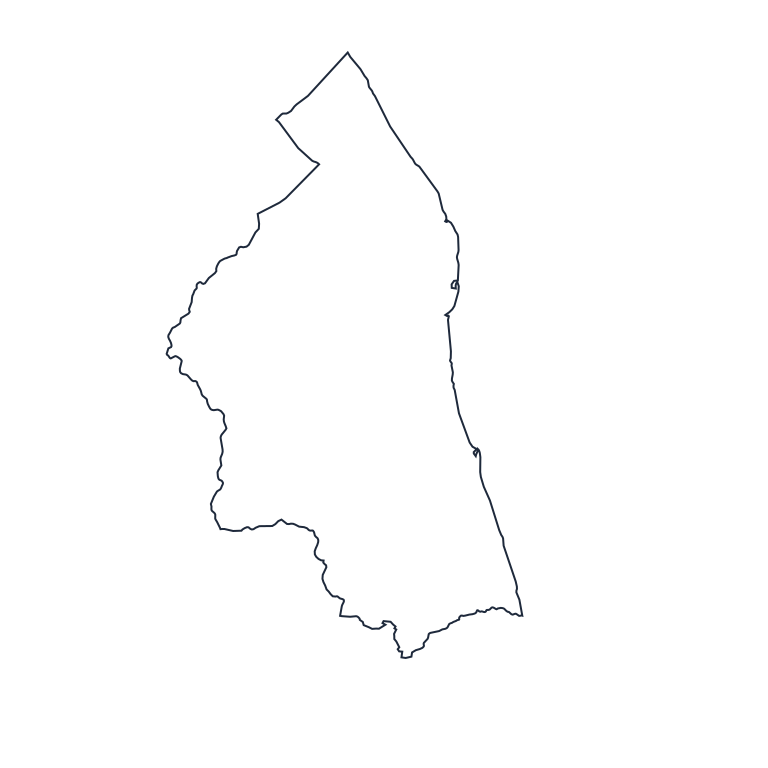 outline of KwaZulu-Natal, rotated 313°
{"feature_id": "ZAF-1216", "entity_name": "KwaZulu-Natal", "entity_type": "Province", "adm_level": 1, "iso_a3": "ZAF", "parent_name": "South Africa", "parent_adm1": "", "projection": "albers", "projection_center": [30.227, -28.943], "detail": "fine", "context": "isolated", "style": "outline", "palette": "slate", "viewbox_px": 768, "rotation_deg": 313, "n_neighbors": 0, "source": "natural_earth", "source_scale": "10m", "svg_char_len": 6166}
<svg xmlns="http://www.w3.org/2000/svg" viewBox="0 0 768 768"><g transform="rotate(313 384 384)"><path d="M179.5,379.8L173.6,373.9L169.2,366.3L167.8,364.7L166.3,363.4L167.0,362.0L169.2,356.2L170.1,353.1L170.5,352.3L173.3,349.8L173.6,349.3L173.9,348.6L174.0,347.5L173.9,344.9L174.1,344.0L174.7,343.2L176.8,341.3L178.2,339.2L185.6,336.4L191.2,335.2L191.9,335.2L195.1,336.1L196.0,336.0L197.1,335.7L199.1,334.9L200.2,334.6L201.2,334.2L201.9,333.6L202.4,332.2L202.5,331.2L202.3,330.5L201.8,329.2L201.7,328.7L201.7,328.1L202.2,326.9L203.3,325.3L205.6,322.8L206.0,322.4L207.9,321.7L213.5,320.6L217.1,316.0L217.7,315.5L218.4,314.9L219.8,314.3L222.5,313.3L224.4,312.2L226.0,310.6L233.0,301.4L233.7,300.8L234.9,300.2L236.3,299.8L242.5,299.4L244.1,299.0L245.2,297.0L246.5,294.1L247.4,292.5L248.8,290.9L251.8,288.7L252.5,287.2L253.0,283.4L252.5,281.4L252.0,280.1L251.6,279.6L248.8,277.4L248.1,276.4L247.8,275.9L247.4,274.5L247.6,273.3L248.1,271.7L249.3,268.6L250.7,266.4L251.5,265.5L251.9,264.9L252.0,263.9L251.7,259.4L252.1,257.8L253.9,255.0L254.7,253.3L256.3,248.4L257.6,246.3L257.8,245.6L257.7,244.6L257.4,243.9L256.1,242.7L255.7,241.4L255.7,239.7L256.2,234.9L256.2,234.1L255.8,232.7L254.1,230.2L253.9,229.6L253.5,228.2L253.6,227.5L253.8,226.6L254.5,225.7L256.0,224.2L262.5,220.6L263.0,220.2L263.3,219.3L263.4,217.9L263.0,214.7L262.6,213.3L262.1,212.4L261.5,212.1L257.3,210.6L257.0,209.9L257.1,209.0L257.5,207.4L257.6,206.4L257.4,205.7L257.8,204.5L263.0,202.0L265.8,203.1L266.9,202.7L267.7,201.8L268.7,200.3L269.7,198.0L270.3,196.0L270.7,195.2L271.3,194.1L272.2,193.4L272.9,193.0L275.5,192.5L280.0,191.2L281.3,191.3L283.0,192.1L288.8,193.4L289.5,193.3L290.1,193.1L292.1,191.6L293.7,190.7L302.1,193.0L304.3,192.7L305.2,191.1L306.0,190.2L312.7,187.5L316.1,184.8L318.0,183.6L319.6,183.2L322.7,181.9L323.4,181.7L326.0,181.8L326.6,181.5L327.7,180.3L328.8,179.4L329.6,179.2L330.4,179.1L332.4,179.6L333.0,179.9L333.3,180.3L333.5,181.0L333.5,182.4L334.0,183.6L335.6,184.4L342.1,183.6L349.8,184.7L352.2,184.4L353.8,182.7L356.1,181.5L359.2,180.6L361.1,180.3L362.3,180.3L366.2,181.6L367.4,182.1L368.9,183.1L369.6,183.3L373.6,185.3L376.1,187.0L377.7,187.7L378.7,187.4L379.7,186.6L381.0,185.8L385.1,184.9L386.8,185.8L388.0,187.8L390.7,189.8L393.6,190.2L407.1,186.6L412.1,186.6L416.0,183.4L422.3,175.6L445.4,183.9L452.7,185.4L500.4,186.7L500.4,185.1L500.1,183.7L499.6,182.4L498.9,181.1L498.3,179.3L498.0,160.4L503.9,128.6L503.7,124.9L511.0,125.1L512.7,125.5L515.3,128.2L517.1,129.0L520.3,129.8L525.8,129.2L528.9,129.4L542.9,131.9L601.7,131.4L600.2,136.3L598.2,152.1L596.0,159.8L595.7,162.5L595.1,165.0L591.1,170.3L590.8,171.4L590.3,174.9L590.0,175.9L589.0,177.8L588.4,181.0L576.5,212.9L568.3,248.4L568.1,251.1L567.8,252.4L566.8,255.2L566.4,256.5L566.4,258.0L566.9,260.3L567.1,261.6L561.3,291.8L560.6,294.1L551.3,308.1L550.7,310.0L550.2,312.8L548.9,315.3L547.1,317.2L544.7,317.8L545.0,319.0L545.4,319.4L546.8,318.7L547.6,323.0L546.4,327.4L544.5,331.8L543.5,335.8L542.1,337.9L532.8,347.2L531.3,348.3L527.9,349.9L526.5,350.8L525.4,352.2L523.4,355.6L522.0,357.4L510.1,367.4L507.2,364.9L503.0,365.5L500.5,368.0L502.8,371.4L503.7,370.4L505.1,369.1L506.8,368.2L508.6,368.1L506.5,372.0L502.3,375.4L489.0,382.3L485.2,383.0L481.1,382.8L476.3,381.8L476.7,383.6L477.1,384.1L477.8,384.4L477.8,385.2L474.5,387.1L453.5,410.7L448.4,415.2L446.7,416.0L446.1,416.4L445.8,417.2L445.4,419.3L445.0,419.8L443.6,420.7L439.5,426.4L437.9,427.7L434.3,430.0L432.8,431.3L432.3,432.5L431.7,435.0L430.4,435.8L429.5,436.6L428.7,437.5L427.9,439.7L413.7,458.8L399.6,486.6L398.5,491.5L399.6,496.2L395.4,496.1L394.4,497.1L393.8,500.3L395.4,499.4L399.0,498.2L400.4,497.0L400.4,497.9L400.2,498.7L399.8,499.6L398.9,501.1L396.2,504.4L385.2,514.4L382.1,518.2L376.9,527.1L371.0,541.0L355.7,567.9L353.5,572.8L353.1,574.7L352.3,576.4L347.3,581.8L329.4,615.0L326.5,619.3L324.8,621.0L323.3,621.7L321.9,622.9L318.6,630.1L308.9,643.1L308.6,642.5L306.9,641.3L306.5,640.8L306.2,638.4L305.9,637.1L305.6,636.8L304.9,636.3L303.2,635.5L302.8,634.9L302.5,634.0L302.5,631.6L302.4,630.7L301.7,629.7L301.5,628.2L301.5,627.3L301.6,625.6L301.5,624.7L301.0,623.6L299.9,622.1L297.4,620.3L296.1,620.0L295.7,619.2L295.3,617.1L294.8,615.9L294.4,615.5L293.8,615.2L291.2,615.1L290.5,614.8L289.9,614.4L289.1,613.5L288.6,613.2L287.0,613.6L286.4,613.5L285.8,613.1L285.3,612.4L284.6,610.9L284.1,610.3L283.1,609.7L282.7,608.8L282.6,608.1L282.6,607.3L282.4,606.8L282.0,606.5L280.6,606.9L280.0,607.2L279.1,607.2L278.0,606.9L276.0,605.7L273.6,603.7L269.9,601.3L268.4,600.1L268.1,599.4L267.6,598.7L266.9,598.2L264.9,598.2L264.0,598.6L263.2,599.5L262.8,599.6L261.2,598.6L259.7,598.2L257.3,597.0L255.7,596.6L254.6,596.0L253.7,595.6L252.9,595.4L249.4,596.4L248.7,596.4L247.8,596.2L246.8,595.8L244.3,594.0L240.9,592.8L233.5,587.6L232.3,587.3L231.6,587.3L231.1,587.6L228.6,589.2L227.4,589.7L222.0,589.7L221.4,589.9L220.9,590.3L219.8,591.7L219.3,592.0L218.6,592.1L217.2,592.0L214.7,591.0L211.0,588.8L206.8,587.6L203.3,590.0L198.4,586.7L196.0,583.2L200.7,579.9L198.8,577.4L199.4,574.9L201.9,574.7L204.1,568.6L204.5,565.5L206.7,563.4L208.1,561.8L212.8,560.4L212.4,558.3L214.5,557.8L214.3,554.9L214.6,551.0L210.3,545.4L208.1,546.0L208.9,549.2L201.6,547.2L199.8,545.1L196.8,542.3L195.8,538.8L193.8,533.6L195.5,530.8L195.0,527.2L195.4,526.7L195.8,526.0L195.9,524.0L195.7,523.0L195.2,522.0L190.7,518.0L185.3,511.3L184.5,510.0L192.7,504.7L194.0,504.1L196.8,503.3L198.0,502.7L198.7,501.6L198.4,500.4L197.2,498.1L197.0,496.4L197.0,495.3L196.7,494.4L195.4,493.4L193.8,491.3L193.9,488.3L194.5,485.1L194.6,482.1L196.5,478.4L197.8,474.9L199.5,471.9L202.6,469.4L210.7,466.8L211.9,465.3L211.8,463.3L212.0,461.4L213.7,460.2L212.2,458.3L211.4,455.4L211.4,452.3L212.2,449.7L214.4,447.4L217.4,446.1L220.5,445.1L223.3,443.8L224.5,442.9L225.4,441.8L225.9,440.4L225.8,438.7L226.0,436.8L227.9,433.9L228.3,432.2L228.0,431.5L226.5,430.1L226.1,429.3L225.9,428.4L226.0,426.6L225.9,425.8L224.8,423.2L221.8,419.2L220.6,414.9L219.8,412.9L218.4,411.2L216.7,410.0L215.5,408.5L214.9,401.5L211.6,400.2L207.4,400.1L203.9,399.1L195.0,389.8L191.4,388.2L188.9,387.6L187.5,386.6L186.9,385.1L186.8,382.7L185.9,381.5L183.6,380.4L181.0,379.7L179.5,379.8Z" fill="none" stroke="#1e293b" stroke-width="2"/></g></svg>